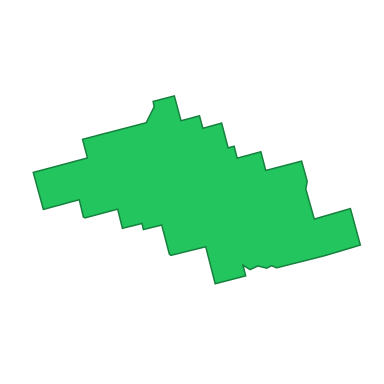 the district of Saline, Arkansas, United States of America, rotated 164°
{"feature_id": "52423323B8225934162220", "entity_name": "Saline", "entity_type": "district", "adm_level": 2, "iso_a3": "USA", "parent_name": "United States of America", "parent_adm1": "Arkansas", "projection": "natural_earth1", "projection_center": [-92.653, 34.636], "detail": "fine", "context": "isolated", "style": "filled", "palette": "green", "viewbox_px": 384, "rotation_deg": 164, "n_neighbors": 0, "source": "geoboundaries", "source_scale": "gbopen_adm2", "svg_char_len": 805}
<svg xmlns="http://www.w3.org/2000/svg" viewBox="0 0 384 384"><g transform="rotate(164 192 192)"><path d="M144.5,250.1L150.7,250.1L164.0,250.3L163.8,263.2L182.9,263.5L182.5,289.2L188.7,289.4L204.4,289.8L204.9,284.3L217.0,271.2L256.8,272.2L259.5,272.3L282.7,272.8L283.1,253.6L286.1,253.6L339.2,254.6L339.7,216.2L310.0,215.8L302.5,215.6L303.1,202.7L303.3,197.9L301.9,196.6L268.2,196.0L268.5,187.5L268.9,176.2L266.8,176.2L248.7,175.5L249.1,169.3L230.2,168.6L230.9,138.5L229.8,136.9L193.9,135.6L195.0,97.4L163.5,96.6L163.2,107.7L157.6,101.4L149.0,102.7L141.2,98.2L135.8,99.2L131.6,95.8L81.9,94.2L44.8,94.6L44.3,132.4L81.9,132.3L81.8,163.4L78.3,170.6L78.1,191.5L115.2,192.4L114.7,211.7L139.2,212.1L139.1,217.9L138.9,224.4L145.1,224.5L144.5,250.1Z" fill="#22c55e" stroke="#15803d" stroke-width="1.5"/></g></svg>